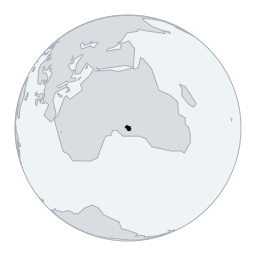 the Earth from above Haut-Ogooué, rotated 301°
{"feature_id": "GAB-2627", "entity_name": "Haut-Ogooué", "entity_type": "Province", "adm_level": 1, "iso_a3": "GAB", "parent_name": "Gabon", "parent_adm1": "", "projection": "orthographic", "projection_center": [13.705, -1.23], "detail": "fine", "context": "on_globe", "style": "filled", "palette": "ink", "viewbox_px": 256, "rotation_deg": 301, "n_neighbors": 0, "source": "natural_earth", "source_scale": "10m", "svg_char_len": 6991}
<svg xmlns="http://www.w3.org/2000/svg" viewBox="0 0 256 256"><g transform="rotate(301 128 128)"><circle cx="128" cy="128" r="113" fill="#eef3f6" stroke="#a8b0b8"/><path d="M75.9,28.1L73.9,29.3L70.3,31.4L69.3,32.1L73.4,29.9L67.6,33.9L64.9,37.2L63.3,38.6L58.8,41.0L57.0,41.2L51.2,45.7L55.9,42.4L51.7,46.3L51.4,47.0L52.2,46.7L54.1,45.2L52.9,46.6L47.8,50.1L48.9,48.8L50.5,47.6L49.6,47.9L46.1,50.9L44.3,53.0L41.2,56.2L47.2,49.5L53.7,43.3L60.7,37.7L68.1,32.6L75.9,28.1ZM40.4,57.1L39.8,58.0L39.3,58.6L40.4,57.1ZM16.9,109.2L17.5,106.3L18.3,103.6L17.1,110.1L18.6,104.0L18.4,107.0L20.8,106.5L20.3,108.0L22.2,115.5L26.2,118.7L27.1,123.5L26.4,126.5L28.2,127.3L28.3,129.3L37.4,132.2L43.5,137.1L44.2,144.0L41.1,152.0L42.8,168.8L38.3,174.3L40.3,181.1L42.1,190.9L39.0,190.2L43.1,195.0L44.0,197.9L42.8,198.2L45.4,201.5L44.7,201.6L47.1,203.8L50.1,208.1L54.0,211.6L57.3,215.0L59.9,217.0L59.6,216.9L60.4,217.7L61.8,218.8L59.1,217.0L53.6,212.5L51.1,210.2L50.7,209.9L45.0,203.8L46.0,205.1L38.3,195.9L33.3,188.2L22.6,165.8L20.9,161.4L19.0,156.5L18.6,154.7L16.8,145.7L15.7,136.6L15.4,127.5L15.8,118.3L16.9,109.2ZM22.9,87.6L22.4,88.9L22.2,89.3L22.9,87.6ZM65.0,220.7L60.0,217.7L62.2,219.1L60.3,217.3L64.2,219.6L65.0,220.7ZM60.8,216.2L60.6,215.2L61.6,215.7L61.9,216.6L60.8,216.2ZM238.5,106.4L237.4,101.7L238.8,109.7L240.1,117.1L240.5,121.5L240.6,124.9L240.4,122.5L239.7,115.2L239.1,112.5L238.0,105.5L235.1,94.9L234.8,96.5L233.6,92.4L229.5,83.9L228.4,86.1L227.4,96.2L229.3,106.8L228.1,111.3L221.6,95.8L217.9,85.8L216.0,86.6L208.9,78.3L198.1,77.5L196.1,75.0L194.2,76.2L189.1,73.7L185.8,69.8L182.9,70.0L191.5,80.4L194.5,80.3L196.4,76.3L198.2,80.2L203.1,83.7L199.4,92.9L182.6,101.3L180.2,93.5L163.5,73.0L163.6,70.8L163.5,70.6L163.2,70.1L162.5,73.7L159.4,70.0L169.1,83.8L171.0,90.0L182.4,101.8L181.5,103.0L184.9,105.5L194.9,102.7L195.1,105.3L190.9,117.7L176.3,135.0L177.8,146.9L176.1,157.1L166.1,164.0L166.1,172.0L160.8,174.8L159.9,179.4L155.1,184.3L147.5,188.9L135.6,189.2L135.6,185.1L130.6,177.1L124.1,158.0L127.9,149.1L127.1,142.4L118.4,127.8L120.3,119.6L117.8,116.2L112.7,117.2L109.8,113.3L106.6,113.4L86.5,117.2L80.0,112.4L71.4,97.4L74.7,91.0L74.7,84.1L97.3,60.3L102.8,61.2L121.5,57.8L123.9,58.5L122.5,63.4L137.1,69.2L140.9,64.9L153.4,68.2L161.1,68.1L162.5,59.0L149.8,58.9L146.8,54.6L156.4,50.9L167.4,51.7L166.6,50.1L159.0,46.5L160.8,43.8L156.2,45.1L158.6,46.6L155.8,47.6L153.5,46.3L154.2,45.3L150.7,44.6L148.0,50.1L150.1,52.3L141.3,53.4L144.0,57.3L141.8,59.2L136.5,53.4L136.5,51.3L127.2,45.7L126.4,47.9L135.2,53.5L132.7,53.1L131.7,56.8L130.6,53.7L121.2,47.5L112.9,49.4L103.3,58.9L98.2,60.0L93.4,58.6L95.7,49.5L106.9,48.1L107.9,45.3L104.7,41.9L108.3,41.9L108.4,40.5L112.5,40.1L117.4,36.5L121.5,36.0L122.5,32.1L124.7,31.5L123.5,33.9L124.8,35.5L134.8,35.0L136.5,34.2L136.3,31.8L139.1,32.2L137.7,30.1L143.0,29.3L135.3,28.6L134.9,26.4L137.6,24.8L136.1,24.1L131.7,26.8L131.2,28.0L133.0,29.2L130.4,33.2L127.1,34.0L124.7,29.8L119.8,30.6L120.0,27.5L131.7,21.5L137.1,20.6L147.8,23.2L147.1,24.2L142.9,23.7L147.6,25.9L146.9,24.9L149.2,25.4L149.4,23.9L151.0,24.2L148.4,22.4L150.5,22.6L152.1,23.8L154.1,22.3L158.1,22.8L157.8,22.3L156.3,21.7L162.3,23.0L161.8,22.6L159.7,22.0L157.2,21.0L155.3,19.9L157.5,20.4L158.5,20.9L163.9,22.8L166.2,24.3L166.9,24.5L165.4,23.3L158.8,20.8L157.1,20.1L160.3,21.1L159.0,20.6L158.8,20.4L160.7,20.8L157.1,19.7L153.1,18.2L160.9,20.3L168.6,22.9L176.1,26.1L183.3,29.9L190.2,34.1L196.8,38.8L203.0,44.0L208.9,49.6L214.3,55.6L219.3,62.0L223.8,68.8L227.8,75.8L231.3,83.2L234.3,90.7L236.7,98.5L238.5,106.4ZM90.4,71.7L90.0,73.7L90.4,71.7ZM179.8,57.8L185.9,58.4L181.8,52.9L183.8,52.8L181.7,51.1L181.5,52.5L176.1,48.0L178.3,46.7L176.8,44.6L174.7,44.3L171.6,47.5L179.4,53.7L178.5,55.9L179.8,57.8ZM20.9,106.4L21.1,107.6L20.6,107.7L20.9,106.4ZM22.6,91.9L22.9,92.3L22.2,92.9L22.6,91.9ZM22.3,89.5L22.3,91.7L21.0,93.8L21.1,92.5L21.5,91.8L22.3,89.5ZM52.1,46.1L52.4,45.9L52.8,46.0L51.8,46.6L52.1,46.1ZM59.1,43.0L57.0,45.4L57.8,44.0L56.1,45.2L55.7,44.0L62.5,39.2L59.5,41.4L59.1,43.0ZM57.1,41.5L56.6,42.5L56.9,41.6L57.1,41.5ZM104.6,34.3L106.3,34.9L105.2,36.5L100.0,38.1L101.6,35.7L104.6,34.3ZM109.0,35.5L108.0,31.5L111.1,30.6L109.5,31.7L111.7,31.6L109.8,33.4L113.8,36.9L113.0,38.6L103.9,40.1L107.3,38.5L105.5,37.9L109.0,35.5ZM99.8,25.6L99.3,24.6L106.7,23.9L106.3,24.9L101.1,26.3L98.6,26.0L99.8,25.6ZM91.9,21.3L88.5,22.6L87.5,22.9L85.1,24.2L81.5,25.7L83.1,24.8L78.6,27.1L78.6,26.9L75.8,28.4L79.4,26.4L82.4,25.0L84.6,24.1L85.9,23.5L91.9,21.3ZM102.9,18.2L103.7,18.0L104.3,17.9L106.0,17.5L107.6,17.2L108.9,17.0L113.0,16.4L114.1,16.4L115.4,16.2L118.6,15.9L119.9,16.0L117.1,16.2L120.5,16.4L117.3,16.7L117.9,16.7L115.9,17.2L114.5,17.8L112.9,18.0L113.0,18.2L111.7,18.6L111.4,19.0L108.4,19.6L107.7,20.2L106.7,20.1L106.4,21.1L105.3,20.7L103.5,21.4L105.5,21.4L90.4,25.0L84.9,27.3L80.9,29.7L79.6,29.1L82.5,26.7L87.6,23.8L93.1,21.9L91.5,22.1L93.7,21.3L94.0,21.5L94.8,20.8L96.7,20.3L101.2,18.8L101.1,18.6L102.6,18.3L102.9,18.2ZM114.3,16.2L114.0,16.2L111.8,16.5L114.3,16.2ZM126.2,56.6L128.1,56.7L130.8,56.4L130.2,58.9L126.2,56.6ZM119.8,52.4L121.4,52.0L121.9,55.0L120.0,55.0L119.8,52.4ZM121.8,49.4L121.4,51.7L120.5,50.5L121.8,49.4ZM124.9,33.5L126.5,33.2L126.9,33.7L126.2,34.6L124.9,33.5ZM129.5,17.8L128.0,17.6L128.4,17.4L126.8,16.8L129.1,16.7L130.9,17.0L129.5,17.8ZM160.6,60.5L158.6,62.2L157.3,61.4L158.3,60.9L160.6,60.5ZM143.9,60.3L147.9,61.5L143.7,61.0L143.9,60.3ZM131.7,17.6L130.8,17.3L132.5,17.4L131.7,17.6ZM130.7,16.6L132.6,16.7L129.2,16.6L130.7,16.6ZM189.2,211.6L188.8,213.0L187.6,213.1L189.2,211.6ZM193.1,155.7L184.2,173.7L179.6,173.7L179.5,168.3L183.3,157.5L189.0,154.4L192.0,149.6L193.1,155.7ZM240.3,136.8L240.4,133.4L238.9,116.9L239.5,117.4L240.6,127.6L240.6,128.3L240.6,129.4L240.6,129.9L240.3,136.8ZM229.7,107.8L231.7,114.4L230.8,115.3L229.7,107.8ZM149.8,18.3L149.5,19.1L150.7,20.1L153.8,21.1L149.3,20.3L147.4,18.7L149.8,18.3ZM149.7,17.5L146.4,16.9L145.0,16.7L149.7,17.5ZM139.2,16.6L138.9,16.7L137.5,16.6L139.2,16.6Z" fill="#d9dde1" stroke="#a8b0b8" stroke-width="1"/><path d="M128.4,125.8L128.2,126.0L128.3,126.1L128.5,126.1L128.8,126.1L128.9,126.3L128.9,126.5L129.0,126.4L129.0,126.5L129.1,126.4L129.2,126.5L129.3,126.5L129.5,126.6L129.5,126.8L129.5,127.1L129.5,127.3L129.4,127.3L129.4,127.5L129.4,127.8L129.5,127.9L129.5,128.0L129.4,128.2L129.5,128.3L129.5,128.5L129.4,128.5L129.5,128.6L129.4,128.6L129.3,128.8L129.5,128.9L129.4,128.9L129.4,129.0L129.4,129.3L129.1,129.4L129.1,129.5L129.0,129.8L128.9,129.9L128.9,130.0L129.0,130.1L128.9,130.2L128.9,130.3L128.8,130.5L128.7,130.5L128.5,130.4L128.4,130.5L128.3,130.4L128.4,130.2L128.2,130.0L128.2,129.9L128.1,129.7L128.0,129.8L127.8,130.1L127.7,130.2L127.6,130.3L127.4,130.4L127.0,130.2L126.9,130.2L126.9,130.3L126.8,130.2L126.7,130.2L126.6,129.9L126.4,129.9L126.4,129.7L126.3,129.4L126.2,129.4L126.1,129.2L126.3,128.7L126.5,128.5L126.5,128.4L126.8,128.2L127.0,128.0L127.0,127.9L126.9,127.9L127.1,127.8L127.5,127.5L127.7,127.1L127.2,126.1L127.1,125.9L127.1,125.7L127.5,125.5L128.0,125.6L128.4,125.8L128.4,125.8Z" fill="#0f172a" stroke="#020617" stroke-width="1.5"/></g></svg>